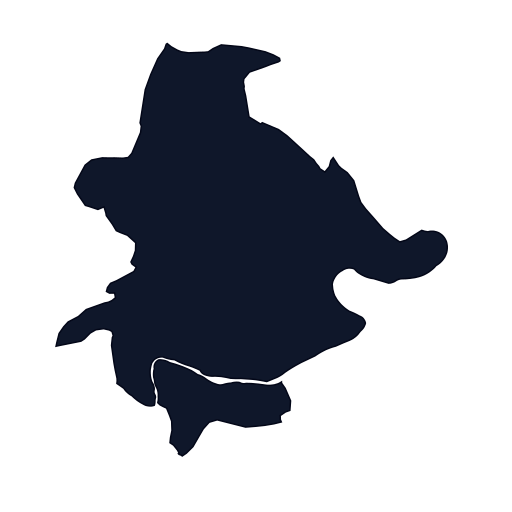 Shirbin, Ad Daqahliyah, Egypt, rotated 6°
{"feature_id": "37247803B76793683664752", "entity_name": "Shirbin", "entity_type": "district", "adm_level": 2, "iso_a3": "EGY", "parent_name": "Egypt", "parent_adm1": "Ad Daqahliyah", "projection": "mercator", "projection_center": [31.57, 31.249], "detail": "fine", "context": "isolated", "style": "filled", "palette": "ink", "viewbox_px": 512, "rotation_deg": 6, "n_neighbors": 0, "source": "geoboundaries", "source_scale": "gbopen_adm2", "svg_char_len": 6117}
<svg xmlns="http://www.w3.org/2000/svg" viewBox="0 0 512 512"><g transform="rotate(6 256 256)"><path d="M66.6,366.6L69.9,365.5L90.8,359.0L94.0,356.4L99.2,349.9L104.4,346.1L112.1,344.2L117.9,344.9L120.7,346.1L122.4,350.2L121.7,352.1L121.7,360.0L126.1,377.7L128.0,384.2L130.6,392.1L131.0,394.7L131.0,397.3L135.1,399.5L138.4,401.4L140.2,403.4L141.5,404.5L142.5,405.2L143.4,405.9L144.9,406.8L147.4,408.0L149.2,409.4L150.5,410.3L153.1,412.0L155.2,413.1L156.6,413.8L160.6,415.5L162.2,416.0L164.3,416.2L166.0,416.2L167.3,416.1L168.9,415.7L170.4,415.1L170.6,414.3L170.7,413.1L170.7,411.9L170.6,410.6L170.5,409.7L170.6,408.2L170.8,407.0L170.6,406.1L170.3,405.3L168.7,402.6L168.8,402.4L168.6,401.4L168.6,400.7L168.7,399.0L168.5,397.8L168.1,396.6L167.6,395.4L167.2,394.6L166.6,393.6L165.8,392.6L165.0,391.1L164.2,389.1L163.5,386.7L163.0,384.3L162.7,381.9L162.6,380.0L162.7,378.8L162.9,376.3L163.2,374.5L163.3,373.7L163.5,373.2L163.8,372.5L164.4,371.5L165.2,370.2L166.0,369.3L166.6,368.8L167.8,367.9L169.2,367.1L170.6,366.6L172.5,366.2L174.1,366.1L176.8,366.8L179.7,367.3L182.6,367.6L185.9,367.6L189.9,369.2L193.7,370.4L197.5,371.4L201.5,372.2L204.5,372.9L208.9,374.2L212.2,375.3L212.4,375.4L213.0,376.3L213.8,377.3L214.8,378.1L215.7,378.6L216.6,379.0L217.5,379.3L219.1,379.7L220.7,379.9L222.3,380.1L224.0,380.1L225.6,380.0L227.3,379.7L228.9,379.6L233.9,379.4L238.8,379.7L243.6,380.2L248.9,379.9L253.9,379.3L259.9,379.1L265.0,378.9L268.8,378.9L272.7,379.1L276.7,379.4L279.8,379.7L288.9,374.8L290.1,374.1L291.7,373.0L292.8,372.2L294.3,371.0L295.8,369.6L296.8,368.6L300.0,365.9L303.3,363.3L306.8,360.7L312.0,357.1L325.1,349.1L326.5,347.9L328.6,346.2L330.8,344.6L333.0,343.1L335.3,341.6L338.5,339.9L341.7,338.4L344.7,337.2L351.7,333.2L357.5,330.1L359.6,328.8L361.0,327.8L362.3,326.6L363.2,325.8L364.4,324.5L365.5,323.1L366.1,322.1L367.5,319.9L368.2,319.1L369.0,318.1L369.8,317.0L370.2,316.3L370.8,315.1L371.2,313.8L371.6,312.6L371.8,311.3L371.3,310.0L370.8,309.1L369.9,307.9L369.2,307.1L368.4,306.4L367.8,306.0L366.5,305.4L364.9,304.9L362.3,303.8L359.3,302.7L356.4,301.8L354.3,301.2L352.1,300.0L350.2,298.9L349.0,298.1L347.2,296.8L345.4,295.4L343.8,293.9L342.2,292.3L340.7,290.6L339.4,288.8L338.4,287.5L337.1,284.8L336.5,283.1L336.0,281.8L335.6,280.4L335.2,278.4L334.8,276.4L334.7,275.8L334.8,275.5L335.0,273.5L335.4,272.0L335.9,270.6L336.7,268.7L337.4,267.4L338.2,266.1L339.5,264.5L340.6,263.4L341.7,262.4L343.3,261.3L344.6,260.2L345.7,259.6L346.8,259.0L348.3,258.5L349.5,258.2L351.1,258.1L352.8,258.1L354.0,258.3L355.4,258.7L356.2,259.5L357.4,260.5L358.6,261.4L360.0,262.2L363.5,263.8L366.6,264.9L368.5,265.4L371.1,265.9L373.0,266.1L375.4,266.2L390.7,269.1L392.7,268.7L394.8,267.8L396.0,267.2L396.7,266.7L398.2,265.5L399.3,264.8L400.7,264.1L401.9,263.7L402.5,263.5L404.7,263.2L407.6,262.8L411.5,262.0L416.3,260.8L420.2,259.4L422.7,258.3L425.1,257.0L427.5,255.4L429.7,253.7L431.2,252.3L433.2,250.3L434.6,248.7L435.9,246.8L437.9,245.2L439.5,243.7L440.6,242.4L441.6,241.1L442.8,239.2L443.9,237.1L444.2,236.1L444.7,234.6L445.2,232.6L445.4,230.8L445.4,228.6L445.2,226.5L445.0,225.5L444.6,224.0L444.0,222.2L443.4,221.0L442.4,219.4L441.3,218.0L440.0,216.7L438.5,215.5L436.9,214.6L435.5,213.9L434.2,213.5L432.9,213.2L430.6,212.9L429.3,212.9L427.4,213.1L426.1,213.4L424.4,214.0L421.2,213.8L418.1,213.2L403.7,224.5L397.5,227.0L391.6,223.9L386.5,220.6L379.2,215.5L368.2,205.2L360.1,197.8L354.6,191.8L351.7,185.9L345.3,170.9L338.0,163.6L331.5,159.9L328.6,157.6L322.5,150.1L320.5,153.3L319.6,159.4L315.7,165.3L310.5,162.6L309.0,160.4L306.1,157.7L303.3,154.3L298.9,151.5L292.1,146.4L274.5,133.4L265.3,128.0L248.3,122.8L246.8,124.3L234.5,118.4L228.9,97.8L226.5,91.0L226.5,88.5L225.3,84.5L225.4,81.0L227.2,78.4L230.2,73.8L245.2,66.7L250.6,63.9L258.1,60.5L259.5,59.3L258.7,56.9L252.1,54.2L243.9,52.0L227.2,50.0L219.7,49.4L199.4,49.7L191.7,54.2L187.2,58.0L183.3,58.8L180.0,59.2L167.7,61.0L160.2,60.7L156.1,59.5L149.8,56.8L145.5,54.0L144.6,54.8L143.5,59.6L137.7,70.1L132.4,86.4L128.5,102.1L126.8,135.7L128.4,138.8L128.3,145.3L121.8,166.9L118.6,171.4L113.4,172.7L105.0,173.3L99.9,173.9L92.8,174.5L82.5,177.7L76.6,183.5L68.8,202.4L68.2,207.0L72.0,212.9L81.0,223.5L84.9,224.2L93.9,226.2L99.7,223.0L102.2,228.9L102.9,231.5L109.9,239.4L114.4,245.4L118.3,246.7L126.0,248.8L135.0,255.4L135.6,263.2L134.3,269.1L132.3,275.0L133.6,277.0L138.1,279.6L136.2,284.2L120.0,295.2L114.2,298.4L111.6,302.9L111.0,306.9L114.2,308.2L119.3,307.6L120.6,312.2L117.4,315.4L114.1,317.4L110.3,318.6L92.8,327.0L85.7,334.8L76.1,341.2L72.2,346.5L68.3,353.6L67.0,362.8L66.6,366.6ZM298.5,418.4L297.1,415.8L297.1,414.8L296.7,412.1L297.3,411.7L301.6,408.0L305.8,406.0L305.5,396.4L298.8,384.5L294.7,379.8L294.5,378.6L293.4,379.5L291.9,380.5L290.7,381.1L289.4,381.6L288.1,382.2L285.7,382.8L283.8,383.2L281.3,383.5L279.4,383.5L275.8,383.4L271.6,383.3L264.7,383.4L259.6,383.8L258.1,384.2L256.4,384.4L254.7,384.2L253.7,383.9L253.0,383.6L251.7,383.5L250.2,383.6L248.7,383.8L247.3,384.1L245.9,384.5L244.5,385.1L242.7,385.4L240.8,385.9L238.9,386.5L236.4,387.5L235.3,387.8L233.8,388.1L232.7,388.1L231.3,388.0L228.2,387.3L226.2,386.8L224.3,386.1L222.5,385.3L221.3,384.8L219.5,383.8L217.8,382.8L215.8,381.8L213.2,380.8L211.6,380.4L210.3,380.2L206.8,378.3L203.7,376.8L200.1,375.6L195.5,374.2L192.0,373.3L187.3,372.2L181.5,371.2L180.9,371.0L178.7,370.1L176.7,369.6L175.2,369.4L173.2,369.3L171.7,369.3L170.2,369.5L169.0,370.3L168.3,371.0L167.9,371.5L167.5,372.0L167.0,372.9L166.7,373.8L166.5,374.4L166.3,375.4L166.3,376.7L166.4,377.7L166.7,378.8L166.4,380.7L166.4,382.8L166.5,384.3L166.7,385.8L167.0,387.2L167.4,388.3L168.1,390.3L168.5,392.1L169.0,393.8L169.8,395.3L170.2,396.1L170.9,397.1L171.7,398.5L172.3,399.8L172.9,401.7L173.3,403.6L173.5,405.8L173.7,407.1L173.8,408.0L173.9,409.8L173.7,411.4L173.7,412.2L176.0,414.0L179.2,415.3L183.0,416.6L186.9,423.9L189.4,429.1L190.7,438.3L190.0,445.5L190.0,450.7L193.8,452.7L198.3,457.3L199.6,459.3L200.2,460.0L199.5,460.7L200.2,461.3L202.8,462.0L203.5,462.6L207.3,459.4L213.2,452.2L218.4,440.5L221.6,433.4L226.8,426.2L234.5,423.0L263.5,427.2L273.2,425.4L282.2,423.5L291.3,421.0L298.5,418.4Z" fill="#0f172a" stroke="#020617" stroke-width="1.5"/></g></svg>